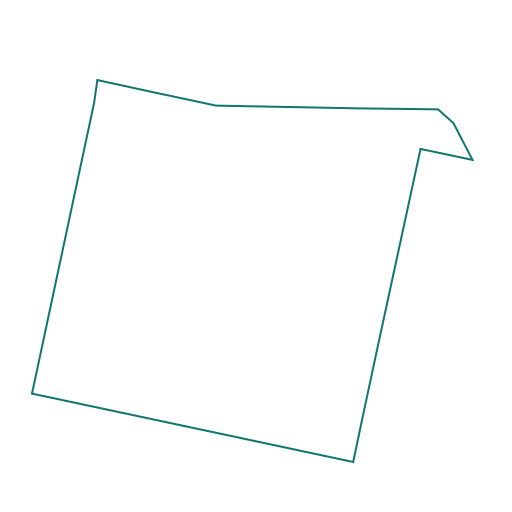 the district of Scott, Mississippi, United States of America, rotated 102°
{"feature_id": "52423323B58767742506518", "entity_name": "Scott", "entity_type": "district", "adm_level": 2, "iso_a3": "USA", "parent_name": "United States of America", "parent_adm1": "Mississippi", "projection": "mercator", "projection_center": [-89.587, 32.428], "detail": "fine", "context": "isolated", "style": "outline", "palette": "teal", "viewbox_px": 512, "rotation_deg": 102, "n_neighbors": 0, "source": "geoboundaries", "source_scale": "gbopen_adm2", "svg_char_len": 341}
<svg xmlns="http://www.w3.org/2000/svg" viewBox="0 0 512 512"><g transform="rotate(102 256 256)"><path d="M437.3,118.1L401.2,118.2L319.8,118.1L117.1,117.3L117.0,64.2L85.1,90.4L74.7,108.4L90.2,186.0L117.2,326.4L117.2,391.9L116.9,447.8L139.5,446.2L437.2,446.5L437.2,392.0L437.3,118.1Z" fill="none" stroke="#0f766e" stroke-width="2"/></g></svg>